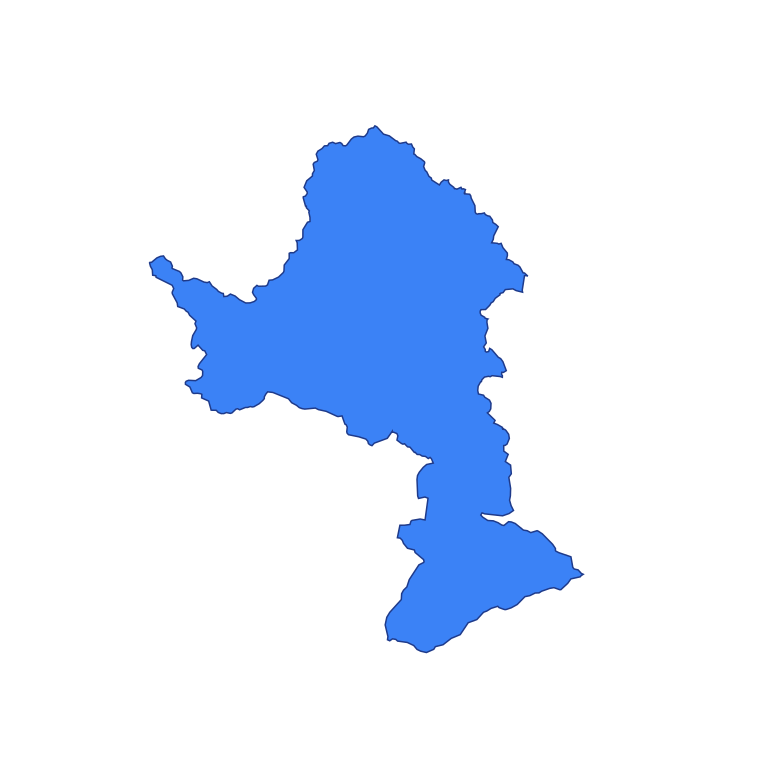 the district of ZAM, Hunedoara, Romania, rotated 297°
{"feature_id": "2599482B72694477410374", "entity_name": "ZAM", "entity_type": "district", "adm_level": 2, "iso_a3": "ROU", "parent_name": "Romania", "parent_adm1": "Hunedoara", "projection": "mercator", "projection_center": [22.46, 46.04], "detail": "fine", "context": "isolated", "style": "filled", "palette": "blue", "viewbox_px": 768, "rotation_deg": 297, "n_neighbors": 0, "source": "geoboundaries", "source_scale": "gbopen_adm2", "svg_char_len": 6159}
<svg xmlns="http://www.w3.org/2000/svg" viewBox="0 0 768 768"><g transform="rotate(297 384 384)"><path d="M304.9,647.9L304.8,645.9L306.5,641.3L305.5,637.5L306.3,635.5L314.9,629.0L313.1,616.4L313.1,613.1L313.5,612.3L315.3,611.4L317.7,607.1L322.4,593.0L322.9,588.3L322.8,587.0L318.2,582.2L318.3,578.2L317.1,574.6L319.3,564.3L318.9,560.1L317.9,557.5L312.4,555.1L311.8,553.0L312.2,548.6L311.7,543.5L309.5,538.4L310.2,532.3L311.2,529.7L313.7,529.9L314.0,532.6L320.4,549.5L325.4,554.3L330.1,556.8L333.3,552.5L337.5,548.6L341.7,547.4L348.5,544.2L357.5,537.6L361.8,538.2L369.2,533.6L370.0,527.3L377.7,526.6L378.6,521.2L383.5,518.6L384.3,519.8L386.3,520.9L392.4,520.4L395.8,517.9L398.0,513.7L398.3,512.3L397.7,510.6L398.3,510.6L398.1,509.7L399.1,509.3L399.4,503.6L399.0,499.5L402.0,499.5L405.2,489.2L407.4,490.3L410.3,490.4L415.4,488.1L417.5,485.3L418.0,479.7L419.2,477.8L418.0,472.7L420.7,470.5L424.8,468.9L429.8,469.1L430.3,469.7L432.3,469.3L435.8,470.4L438.3,473.6L438.7,475.3L440.5,476.5L443.4,484.2L443.7,486.4L445.2,485.7L445.9,484.4L447.9,483.6L448.6,485.2L451.4,486.9L457.9,479.8L459.6,476.4L459.7,473.7L463.5,464.6L463.7,462.0L460.4,462.5L458.9,460.7L459.2,459.3L460.8,458.5L462.3,455.9L467.0,456.5L472.6,452.1L480.8,451.3L485.8,447.6L488.1,446.7L489.1,447.1L488.5,444.3L489.2,443.4L489.4,439.3L491.0,437.4L492.6,436.6L494.3,436.7L496.5,440.7L502.2,442.5L504.8,442.6L507.0,443.9L510.8,444.2L516.2,446.9L517.1,446.3L517.8,446.7L519.5,448.6L523.2,449.2L527.3,455.7L527.2,459.3L528.7,465.8L530.3,464.6L544.3,460.0L545.1,461.4L545.4,463.2L546.7,458.8L546.2,457.5L550.0,451.9L550.7,449.5L550.2,445.3L551.3,443.3L551.4,438.8L550.5,436.5L554.6,435.6L556.7,434.4L559.5,428.0L562.5,424.5L560.8,422.8L560.8,421.1L558.7,415.8L562.5,415.7L565.8,414.5L576.0,414.4L577.0,411.1L577.3,407.7L579.4,406.1L581.5,402.1L580.9,399.9L581.0,397.3L582.0,395.8L579.9,393.3L578.7,391.0L577.9,390.4L577.6,388.8L578.5,387.3L584.2,384.0L589.2,377.3L591.0,375.9L592.0,374.2L590.1,369.6L591.2,369.2L590.9,368.8L594.2,368.3L594.0,366.2L593.1,364.9L594.2,363.3L590.7,360.5L590.5,358.9L590.0,358.1L590.9,357.0L591.8,352.0L593.2,349.7L595.1,348.8L593.6,347.1L593.1,344.8L589.8,343.3L586.5,343.0L587.4,334.0L589.0,332.6L589.4,329.8L592.5,325.7L593.0,323.8L595.7,320.6L599.5,319.9L600.4,319.1L601.4,314.5L601.5,310.0L602.6,307.2L602.5,306.1L607.3,304.3L608.2,302.0L610.3,299.5L608.7,296.9L608.8,295.2L609.5,293.9L605.7,289.1L605.5,288.0L606.4,285.4L606.1,284.0L607.5,276.1L606.4,270.1L609.9,260.9L609.9,258.7L607.4,258.3L606.3,256.6L603.9,254.7L600.0,255.3L596.4,254.6L595.0,253.5L593.0,248.2L590.4,245.1L587.4,243.7L580.1,242.4L578.7,241.6L577.8,239.3L579.1,237.1L579.2,235.1L576.2,231.7L576.1,228.5L573.5,225.8L570.8,225.6L569.1,222.8L565.6,221.9L561.5,219.4L558.0,219.3L553.9,223.3L552.2,223.4L549.7,221.3L547.7,221.1L542.6,225.0L538.9,224.8L536.8,225.8L530.0,222.9L522.9,223.5L520.2,228.4L518.8,229.1L515.8,228.7L514.2,227.1L513.2,227.5L506.9,233.3L507.2,234.1L505.8,234.8L504.3,238.9L503.0,239.0L498.7,242.5L495.2,244.3L493.4,242.4L484.7,241.7L478.1,245.0L476.6,245.2L473.5,243.4L472.0,240.6L470.5,242.5L464.2,246.0L460.0,244.0L458.5,241.0L457.4,240.2L452.7,242.6L444.7,241.1L439.2,243.6L437.7,243.7L431.4,241.5L426.2,237.5L424.3,234.5L419.4,235.2L417.5,234.1L414.1,227.8L414.2,226.0L410.1,224.4L406.0,225.2L404.4,227.3L402.4,231.4L401.3,232.0L398.7,231.0L395.5,227.9L393.4,224.0L393.5,216.9L394.8,211.4L394.4,206.3L391.1,204.5L389.2,201.6L391.7,199.7L391.2,198.2L391.3,194.4L392.3,192.0L393.3,186.3L395.8,182.0L394.1,180.5L393.1,177.4L392.8,169.5L391.8,166.4L387.7,163.0L384.9,158.5L385.1,157.4L388.2,156.1L390.8,152.6L391.4,150.7L390.8,143.3L391.1,142.4L392.9,142.0L395.8,138.5L395.8,134.7L396.3,132.4L398.0,129.4L396.3,126.9L393.3,124.4L386.8,121.6L386.1,120.2L385.5,120.1L382.8,122.5L380.6,125.7L375.9,128.5L376.9,131.5L375.6,132.5L375.8,150.4L373.6,153.3L369.6,153.6L368.3,154.4L362.4,162.9L359.4,165.0L360.2,172.0L359.1,174.7L359.0,176.8L357.0,179.6L354.7,187.9L351.9,188.2L349.1,191.5L347.6,192.0L340.3,191.6L334.4,193.2L331.6,194.3L329.4,196.0L328.8,197.6L329.5,198.8L334.2,200.7L331.7,207.2L332.2,209.2L329.7,212.6L318.3,210.3L315.2,210.4L313.7,211.4L313.9,215.4L313.0,216.7L309.2,218.5L306.8,218.1L301.5,214.7L298.6,208.2L296.7,206.5L295.3,206.3L293.6,207.2L293.2,212.4L289.2,217.2L289.2,218.8L291.1,222.1L292.1,225.1L292.1,226.4L288.8,227.8L289.2,235.5L282.2,241.9L284.4,246.5L283.4,249.2L283.7,252.4L284.9,254.7L287.0,256.5L288.1,260.5L289.3,261.7L294.4,263.5L295.5,264.8L295.5,267.1L300.2,271.2L301.1,273.0L303.2,275.1L303.7,277.0L304.7,278.4L309.9,281.8L314.4,283.5L316.6,284.0L318.2,283.2L321.4,283.3L324.2,283.9L326.0,288.8L327.5,305.6L325.4,310.2L325.3,315.7L324.5,319.2L324.9,322.3L325.7,324.8L331.4,333.8L331.4,337.2L333.4,344.9L333.9,356.7L334.1,357.8L336.5,361.1L330.5,367.4L330.6,368.6L329.0,370.8L324.5,372.5L323.4,373.5L322.7,375.4L325.5,385.5L326.7,392.8L325.7,395.5L323.8,397.2L323.4,399.3L323.6,401.3L326.9,402.2L337.1,411.6L345.5,412.8L344.7,413.2L345.4,414.3L345.7,418.0L344.1,419.9L339.9,421.0L338.9,426.5L339.0,428.2L340.1,429.4L338.7,433.5L339.5,435.8L336.8,442.1L337.3,442.7L336.3,445.5L337.4,448.0L337.1,450.7L338.3,453.8L337.7,457.3L339.5,458.4L338.9,460.2L335.9,463.8L331.6,458.5L327.5,456.8L321.5,455.5L317.7,455.4L314.0,456.7L299.6,464.8L297.7,466.7L301.9,471.8L302.2,475.1L281.5,482.3L280.1,477.5L275.2,470.9L274.0,470.3L270.6,470.9L267.5,466.4L265.4,462.3L253.1,465.7L254.0,468.4L253.0,471.3L250.8,473.8L248.3,479.5L249.9,486.4L248.0,488.2L245.5,499.0L243.8,500.4L242.9,500.3L238.7,497.2L221.2,495.3L213.6,496.5L209.1,495.0L205.2,494.9L199.8,497.3L183.2,492.8L177.4,492.4L169.9,494.4L160.7,502.2L157.7,503.2L157.8,505.7L160.8,507.3L161.8,510.5L161.1,512.8L164.3,522.1L164.5,529.2L162.5,533.9L162.6,538.0L164.0,543.7L170.2,548.8L173.3,549.0L178.5,555.0L187.9,559.4L195.3,565.7L209.5,567.4L216.3,573.7L225.8,576.3L228.4,578.7L232.7,581.3L237.6,586.3L237.0,588.0L237.5,592.2L237.9,594.3L238.8,595.5L242.4,599.0L248.0,602.8L258.5,606.1L261.6,610.0L266.4,613.6L268.3,617.0L270.9,618.5L277.1,624.4L279.7,627.9L280.5,634.0L281.1,635.0L289.8,638.2L295.2,639.0L301.3,646.4L302.6,646.6L304.9,647.9Z" fill="#3b82f6" stroke="#1e3a8a" stroke-width="1.5"/></g></svg>